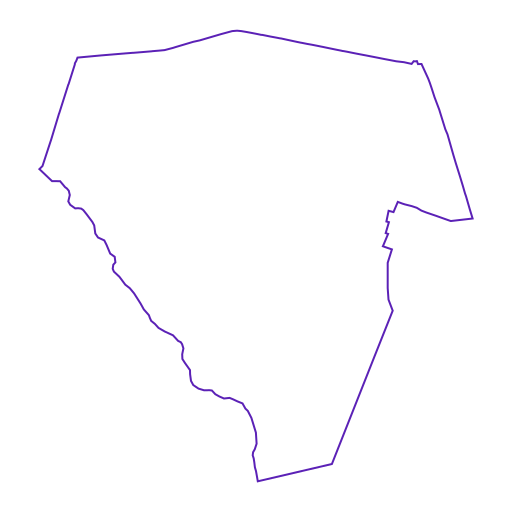 outline of Mixtla, Puebla, Mexico
{"feature_id": "50627088B3391472602874", "entity_name": "Mixtla", "entity_type": "district", "adm_level": 2, "iso_a3": "MEX", "parent_name": "Mexico", "parent_adm1": "Puebla", "projection": "natural_earth1", "projection_center": [-97.892, 18.904], "detail": "fine", "context": "isolated", "style": "outline", "palette": "violet", "viewbox_px": 512, "rotation_deg": 0, "n_neighbors": 0, "source": "geoboundaries", "source_scale": "gbopen_adm2", "svg_char_len": 2353}
<svg xmlns="http://www.w3.org/2000/svg" viewBox="0 0 512 512"><path d="M472.6,218.5L469.7,209.0L466.0,196.2L465.0,193.4L463.0,186.4L460.0,176.5L456.2,164.4L456.0,163.8L453.4,155.1L447.5,134.4L445.8,130.4L445.3,129.2L439.8,111.5L439.3,109.8L434.5,97.1L431.6,88.1L429.8,82.8L428.2,78.6L421.5,64.0L418.0,64.1L416.9,61.1L415.2,61.4L413.7,61.2L411.6,63.9L404.0,62.2L396.3,61.3L387.4,59.6L386.3,59.4L385.2,59.2L376.1,57.4L364.8,55.2L364.2,55.1L356.3,53.6L351.8,52.7L347.4,51.8L343.6,51.1L342.6,51.0L340.9,50.6L336.3,49.7L326.1,47.6L322.3,46.8L321.7,46.7L317.3,45.8L311.7,44.7L307.1,43.9L301.6,42.8L300.9,42.7L297.0,41.9L286.3,39.6L280.8,38.4L280.3,38.4L276.2,37.6L270.2,36.5L263.8,35.2L262.3,34.9L261.2,34.9L260.5,34.7L258.1,34.2L255.1,33.6L252.0,33.0L246.6,32.0L241.3,31.1L237.1,30.7L232.2,31.1L221.1,34.1L200.7,40.1L199.7,40.4L193.3,41.8L175.5,47.1L173.0,47.9L164.6,50.1L159.4,50.6L152.2,51.2L151.7,51.3L150.5,51.4L143.3,52.0L133.6,52.8L133.0,52.8L125.4,53.4L101.3,55.4L77.5,57.6L76.3,60.8L74.9,63.3L74.8,64.5L68.6,84.1L68.3,84.6L59.3,113.0L59.0,113.7L50.9,140.5L50.6,141.3L42.5,166.0L39.4,169.1L52.0,181.1L60.1,181.2L65.1,187.2L66.8,188.4L68.8,190.8L69.2,192.6L69.8,195.0L68.3,201.4L70.2,204.8L75.2,208.4L78.1,208.2L81.2,208.6L83.3,210.1L86.8,214.5L92.4,222.0L94.2,225.4L95.3,233.5L98.0,237.5L104.3,240.4L106.6,245.0L110.2,253.6L114.7,256.8L115.4,262.4L113.3,264.7L112.7,268.8L113.9,271.6L119.5,276.9L125.3,284.7L129.8,288.2L134.1,293.4L140.6,303.6L143.8,309.4L148.9,315.2L149.9,318.0L151.2,320.9L154.9,323.9L158.5,327.9L164.4,331.3L164.5,331.4L173.0,335.3L178.1,340.9L180.8,342.2L182.1,344.2L183.4,348.4L182.2,354.3L182.4,359.0L184.9,362.9L190.0,370.1L190.1,374.2L191.0,380.9L193.3,385.1L198.5,388.6L204.1,390.3L209.5,390.2L211.9,390.5L215.3,394.2L219.4,396.5L224.0,398.5L229.6,397.9L232.8,399.2L237.5,401.4L242.5,403.4L245.4,408.6L247.8,410.9L251.4,417.9L255.9,432.6L256.6,443.7L254.8,449.2L253.1,452.2L252.7,455.3L253.7,458.4L254.3,462.3L254.9,467.3L256.0,471.1L257.8,481.3L331.9,464.0L374.3,356.9L392.7,310.7L388.5,299.6L387.7,288.1L387.7,262.8L391.9,249.4L382.9,246.3L388.1,233.9L385.7,233.1L388.9,222.2L386.4,221.5L388.6,210.8L393.5,212.1L397.8,201.9L402.4,203.6L404.9,204.4L411.7,206.1L416.8,207.8L421.4,210.6L426.3,212.5L436.0,215.8L444.7,218.9L450.7,221.0L451.1,221.0L471.9,218.6L472.6,218.5Z" fill="none" stroke="#5b21b6" stroke-width="2"/></svg>